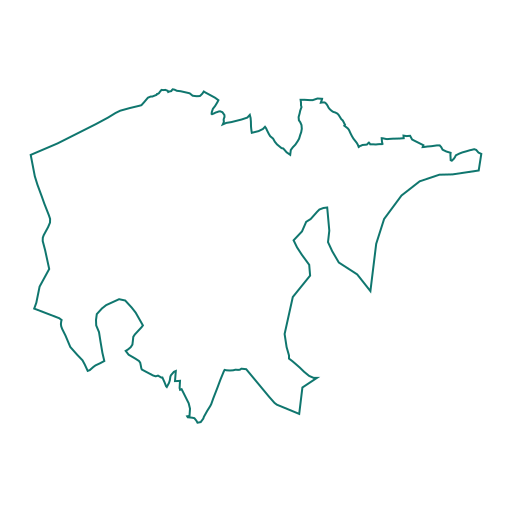 outline of Mbatoli, Imo, Nigeria
{"feature_id": "59680162B59739898555342", "entity_name": "Mbatoli", "entity_type": "district", "adm_level": 2, "iso_a3": "NGA", "parent_name": "Nigeria", "parent_adm1": "Imo", "projection": "natural_earth1", "projection_center": [7.055, 5.587], "detail": "fine", "context": "isolated", "style": "outline", "palette": "teal", "viewbox_px": 512, "rotation_deg": 0, "n_neighbors": 0, "source": "geoboundaries", "source_scale": "gbopen_adm2", "svg_char_len": 4510}
<svg xmlns="http://www.w3.org/2000/svg" viewBox="0 0 512 512"><path d="M141.8,369.5L145.9,371.7L153.1,375.5L155.7,376.3L156.9,376.0L158.0,375.6L161.4,377.6L162.4,377.5L162.7,378.2L164.5,382.2L166.1,386.3L166.8,387.0L169.0,382.9L169.8,380.4L170.4,376.5L171.0,375.2L173.9,371.8L175.8,371.0L175.0,381.1L178.2,381.0L180.0,380.8L179.6,388.0L180.1,389.8L181.6,389.2L183.4,392.7L188.7,403.3L190.0,408.7L189.5,415.9L187.2,416.3L187.8,417.3L189.3,417.4L192.2,417.7L194.4,418.2L196.4,420.7L197.5,422.7L200.7,422.1L203.3,418.6L203.9,416.8L207.3,410.7L210.2,406.1L211.2,404.2L213.3,398.3L217.5,387.5L220.4,379.7L223.8,371.4L224.6,369.9L226.6,370.3L229.8,370.5L233.1,370.3L235.5,369.7L238.3,369.9L239.9,369.7L241.4,368.7L246.2,369.2L269.2,396.9L274.5,402.9L276.9,404.7L299.2,413.9L302.4,387.5L316.9,377.9L313.7,377.9L309.1,375.9L304.1,371.8L299.7,367.5L295.7,364.0L292.4,361.2L289.0,358.6L289.0,355.5L286.6,347.1L284.6,334.0L292.8,297.0L310.1,275.6L309.2,264.8L301.8,254.7L297.0,247.3L293.6,240.3L302.0,231.4L306.2,221.8L310.7,219.0L317.1,211.8L319.4,209.5L323.4,208.0L327.2,207.5L329.3,230.7L328.0,242.1L332.2,251.2L338.8,262.5L357.2,274.4L370.4,291.1L376.2,243.8L384.1,219.0L401.5,195.5L419.7,181.3L439.4,174.7L452.5,174.4L478.7,170.5L481.3,153.9L478.5,152.6L476.2,149.9L474.2,149.2L471.5,149.9L470.0,150.2L466.7,151.2L462.4,152.4L459.3,153.6L455.9,155.3L454.9,157.2L453.9,158.7L451.8,160.7L450.7,160.2L450.5,156.4L450.4,155.1L450.6,152.8L446.3,151.5L442.6,149.7L441.2,147.1L439.7,145.4L436.9,145.4L431.5,146.2L427.5,146.5L424.0,147.0L422.7,147.1L423.4,145.2L414.6,140.8L412.1,139.5L410.1,135.8L406.5,136.1L403.5,135.6L403.7,138.2L399.9,138.5L396.8,138.6L392.7,138.7L389.7,138.9L387.4,139.1L386.1,139.0L382.9,138.3L381.7,138.2L381.8,139.8L382.0,141.9L382.5,143.9L382.1,144.1L380.6,144.1L378.2,144.2L375.8,144.5L373.0,144.3L370.2,144.3L369.7,143.5L368.9,142.6L368.4,143.0L367.0,144.5L366.0,144.7L364.4,144.8L362.4,145.0L361.0,145.7L359.9,146.0L359.2,146.7L358.7,147.0L357.8,144.7L356.7,142.8L354.9,140.5L353.4,138.6L351.8,135.9L350.3,132.9L349.1,130.2L348.5,129.3L347.8,128.4L345.9,126.9L344.3,125.7L345.0,124.7L344.3,123.5L343.7,122.2L342.7,120.4L341.3,119.2L340.5,117.9L338.7,115.0L337.4,113.6L335.3,112.5L333.6,112.0L332.7,111.6L331.1,110.4L329.7,109.1L328.5,107.6L327.9,106.3L326.9,104.6L325.9,103.4L325.1,102.7L324.3,102.4L321.9,102.5L320.8,102.7L320.9,102.3L322.0,99.4L322.1,98.8L317.5,98.5L312.8,100.1L309.3,100.1L304.6,99.8L300.6,99.8L301.0,102.7L301.0,105.3L301.5,107.1L300.2,110.7L299.6,113.5L298.6,117.1L298.9,120.3L300.3,122.3L301.5,125.1L301.8,128.8L301.2,132.2L300.3,134.7L299.1,138.7L297.8,141.0L295.4,144.6L292.8,147.3L290.8,150.0L290.6,151.6L290.2,154.8L286.6,152.3L283.3,148.5L281.5,148.1L277.0,144.4L274.8,141.7L273.1,138.6L270.2,136.2L268.8,133.9L266.9,130.1L266.1,128.3L265.0,126.8L262.9,129.0L258.6,131.1L251.8,132.8L251.4,130.2L251.2,128.5L251.0,126.3L250.9,121.6L250.7,119.2L250.6,118.0L250.2,116.5L249.8,114.9L247.3,117.6L241.6,119.5L231.3,122.1L226.3,122.9L222.8,124.4L223.5,122.9L223.9,121.2L223.6,120.0L223.9,118.5L224.5,117.0L224.4,115.0L222.4,112.2L220.1,111.3L218.6,111.5L217.4,112.0L215.7,112.5L214.0,113.4L212.0,114.2L211.6,113.9L211.8,112.0L212.9,108.8L215.1,106.0L217.4,102.2L218.4,100.2L215.0,97.7L210.4,95.2L205.2,92.4L203.8,91.5L202.3,93.7L200.1,95.9L199.1,96.1L196.7,96.2L194.7,96.0L192.6,95.7L189.8,93.4L188.9,93.1L180.5,91.2L176.9,90.8L174.6,89.7L172.7,89.3L172.1,89.9L171.3,91.1L169.3,91.5L168.2,92.0L167.7,90.8L166.3,90.3L165.5,89.9L163.1,90.1L161.5,89.9L161.0,90.5L159.9,91.8L158.9,93.2L158.4,93.6L157.0,94.0L156.5,94.9L154.9,95.5L153.4,96.1L152.4,96.5L150.8,96.5L147.9,97.7L144.1,102.2L141.4,105.2L139.2,105.8L129.6,108.1L120.2,110.7L115.5,113.0L108.0,117.6L95.9,124.1L57.6,143.4L30.7,154.9L34.8,176.2L37.4,184.6L41.9,196.8L44.3,203.6L48.9,215.3L50.1,218.9L50.0,222.6L48.1,227.1L43.7,235.2L42.8,237.7L42.7,241.0L45.1,250.1L49.2,269.0L39.6,286.6L36.3,302.8L34.2,308.6L59.2,318.2L61.6,320.0L61.2,321.5L60.9,324.1L61.2,326.3L62.1,328.8L63.2,331.0L65.5,335.6L66.8,338.7L70.3,347.0L77.3,354.9L82.5,360.3L84.8,364.6L87.7,370.9L89.8,370.1L93.3,367.0L95.5,365.4L100.2,363.2L104.3,361.0L102.4,352.8L100.5,341.6L99.0,332.1L96.2,325.4L96.0,320.0L96.8,314.1L102.0,308.4L106.2,305.1L119.1,299.2L125.2,300.5L131.8,307.7L135.7,312.7L142.9,325.4L141.5,327.3L138.6,330.4L134.8,334.5L133.3,336.8L132.8,341.4L132.4,344.6L130.7,347.2L128.1,349.4L125.7,350.9L128.6,354.7L135.3,358.6L139.0,361.0L140.2,362.7L140.7,365.0L141.3,368.2L141.8,369.5Z" fill="none" stroke="#0f766e" stroke-width="2"/></svg>